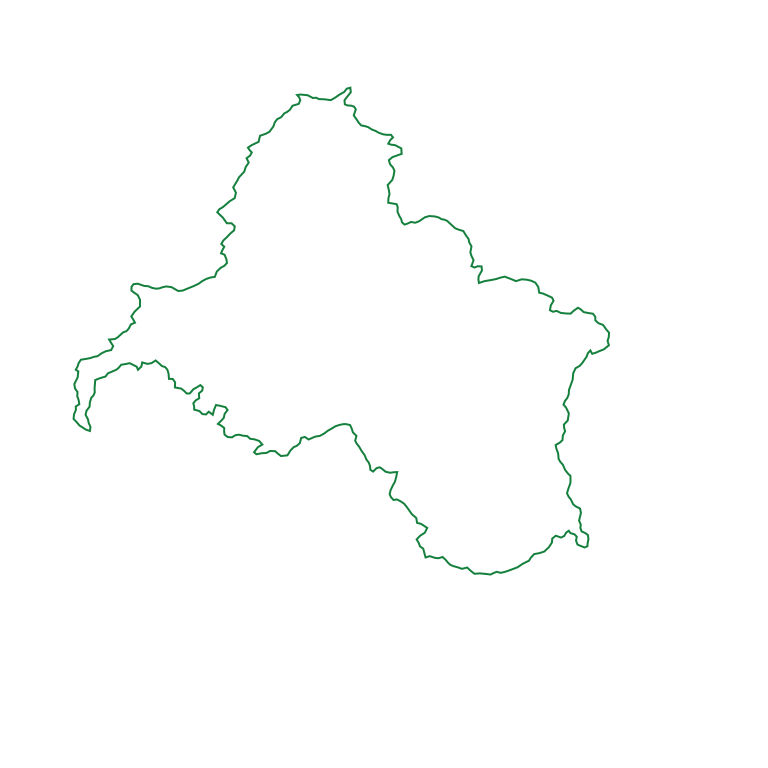 outline of Pedra Branca, Ceará, Brazil, rotated 37°
{"feature_id": "56859067B74270575685273", "entity_name": "Pedra Branca", "entity_type": "district", "adm_level": 2, "iso_a3": "BRA", "parent_name": "Brazil", "parent_adm1": "Ceará", "projection": "robinson", "projection_center": [-39.867, -5.521], "detail": "fine", "context": "isolated", "style": "outline", "palette": "green", "viewbox_px": 768, "rotation_deg": 37, "n_neighbors": 0, "source": "geoboundaries", "source_scale": "gbopen_adm2", "svg_char_len": 6165}
<svg xmlns="http://www.w3.org/2000/svg" viewBox="0 0 768 768"><g transform="rotate(37 384 384)"><path d="M178.8,167.6L176.5,170.6L176.5,174.6L174.2,179.9L172.8,184.3L170.7,189.3L164.9,192.6L160.6,195.6L157.6,196.2L155.0,198.4L149.3,199.3L143.2,203.0L140.7,205.5L143.8,206.1L146.4,207.8L147.3,211.6L143.5,216.8L143.8,221.7L142.9,225.0L141.5,227.9L141.3,232.8L139.3,236.8L139.3,240.8L140.7,244.9L140.7,251.5L139.0,255.3L135.6,260.3L138.1,266.1L134.6,272.8L133.1,277.1L136.0,278.1L139.0,278.6L139.6,282.0L138.4,286.4L142.7,288.6L143.0,294.1L144.6,298.5L143.8,306.1L144.4,309.5L145.2,317.7L150.6,320.3L152.9,325.4L150.7,331.1L149.8,335.6L148.9,339.6L147.3,343.6L147.5,347.2L155.2,348.1L161.7,350.2L165.5,347.4L169.9,347.9L171.8,351.5L170.7,356.3L170.1,361.6L169.3,366.1L169.8,370.1L173.8,370.5L174.4,374.5L175.2,377.7L178.9,376.7L183.3,379.4L185.8,381.9L185.3,385.9L183.6,389.6L182.8,394.8L184.4,400.2L181.1,403.7L178.8,407.1L176.9,411.2L175.8,415.0L173.5,419.6L170.1,425.3L166.9,430.7L163.6,433.6L156.0,434.5L151.3,437.2L148.9,440.0L146.8,443.1L144.5,445.1L140.7,446.9L137.0,447.7L133.7,449.9L127.0,452.1L123.9,455.0L123.9,458.4L126.1,461.4L129.7,461.4L133.9,461.2L138.4,463.5L142.5,468.9L141.3,476.2L141.5,482.1L144.9,483.4L148.2,484.9L146.0,488.7L146.8,493.5L146.5,496.8L144.6,499.8L143.2,507.0L142.0,510.1L137.7,513.9L141.4,515.4L144.9,516.7L145.7,521.1L142.3,525.0L140.1,529.1L138.4,534.3L136.2,536.6L133.9,540.0L131.0,543.2L127.3,547.0L127.6,551.2L128.7,554.3L129.3,558.1L132.3,557.9L135.4,563.2L136.7,570.4L139.9,573.5L144.0,574.8L146.3,578.3L149.9,580.7L152.8,583.5L151.4,587.5L153.5,590.0L154.7,594.8L157.1,598.7L161.4,599.4L165.9,600.4L169.2,600.1L173.0,599.9L177.4,598.5L175.4,594.9L171.5,592.8L168.9,590.4L164.2,588.2L162.5,584.4L162.5,579.3L160.1,575.6L158.5,571.1L158.9,568.0L158.0,564.7L155.7,562.0L151.0,554.6L153.5,550.5L157.1,545.6L157.1,541.6L159.2,538.0L161.7,533.6L162.4,530.5L162.5,526.8L165.5,523.7L168.4,520.4L172.3,519.7L176.1,519.0L179.0,520.7L179.7,516.0L177.9,512.3L183.0,510.3L185.8,507.2L187.5,502.6L191.7,502.9L195.9,503.3L199.0,502.2L202.3,502.9L205.6,505.3L209.2,509.3L212.3,507.1L216.2,508.4L219.1,512.6L224.8,509.7L228.7,509.8L232.1,510.3L234.6,508.4L234.9,502.9L236.4,499.6L238.0,495.4L241.3,495.7L242.8,498.6L241.8,502.9L245.0,506.6L243.5,510.3L243.3,514.1L245.9,516.2L247.8,518.7L252.8,516.7L257.1,517.3L260.2,515.4L260.7,511.6L265.8,511.6L263.8,507.0L262.5,501.9L266.1,500.1L271.4,497.9L274.7,498.9L274.7,503.7L276.4,507.5L276.1,511.1L275.4,515.8L279.0,515.2L282.9,515.3L284.8,518.0L287.1,520.4L291.1,520.4L294.7,518.1L296.1,514.4L298.6,511.8L302.4,510.2L306.1,507.9L310.1,508.3L313.7,506.2L318.7,504.6L323.3,505.6L321.3,510.3L321.3,516.7L324.4,516.9L328.2,512.7L331.7,509.7L333.3,506.1L337.6,503.1L341.0,503.5L345.1,503.5L349.8,499.1L349.3,493.3L349.9,488.7L351.5,486.0L352.4,481.9L350.3,476.9L352.7,473.9L357.2,473.7L360.6,467.6L364.0,464.0L366.1,459.4L367.3,455.0L368.9,451.4L370.6,447.1L372.9,443.7L375.3,440.9L377.6,439.0L381.6,437.2L385.0,439.0L388.2,441.3L393.2,442.0L395.1,446.6L397.9,448.0L401.8,449.0L406.5,451.0L411.4,452.5L415.4,454.9L419.0,455.9L422.1,457.8L424.7,460.7L428.0,460.5L428.7,455.7L430.7,453.1L433.5,452.9L438.1,453.1L442.3,451.2L444.7,448.8L447.5,446.4L449.0,449.4L450.4,452.5L451.6,455.7L452.0,459.1L453.1,464.7L454.9,468.7L457.7,470.2L461.4,470.9L463.8,468.4L468.0,467.7L472.2,467.5L476.8,468.7L484.6,471.2L490.4,471.6L494.0,475.0L497.8,473.4L501.1,473.2L505.1,472.9L506.1,478.1L504.2,483.4L503.6,488.5L507.3,490.0L510.5,492.0L514.4,491.9L518.2,494.9L521.6,497.5L524.1,494.0L529.8,492.0L532.3,490.4L534.9,486.9L538.9,487.3L542.7,488.2L545.7,488.5L548.8,487.8L552.7,486.2L557.5,484.7L560.9,480.5L565.3,481.0L570.5,481.1L574.6,477.5L580.3,474.0L583.7,472.1L585.4,468.8L587.1,466.1L590.7,464.7L593.4,461.6L596.8,456.6L601.0,449.9L602.9,444.3L606.1,437.9L605.8,434.4L606.3,429.5L610.0,425.4L612.8,421.4L613.9,415.2L613.5,409.5L611.4,406.2L612.5,401.8L617.8,400.1L619.4,396.9L618.9,393.0L619.9,390.0L622.6,390.9L626.5,389.4L629.9,390.0L631.6,393.5L635.2,395.8L638.7,394.9L642.5,393.9L644.1,391.2L642.4,388.5L640.6,384.8L637.7,381.9L634.4,381.9L630.5,382.8L627.3,380.6L625.8,377.9L622.0,375.7L618.9,368.5L615.6,365.5L610.2,366.4L607.2,366.1L602.6,363.7L599.3,362.9L595.9,361.1L594.5,357.4L592.5,351.0L590.5,348.1L588.1,345.1L585.2,344.9L580.3,343.6L575.4,340.8L571.4,340.0L568.5,338.7L564.9,334.7L560.3,331.7L557.8,329.4L559.7,325.0L560.3,321.4L557.8,317.4L557.1,312.8L554.6,310.9L552.1,308.2L552.7,302.6L549.3,296.2L543.4,293.2L539.8,292.5L538.7,288.5L538.8,285.1L537.9,281.4L535.3,277.4L532.1,267.1L528.6,261.4L527.5,256.1L529.4,251.7L529.7,248.2L529.4,240.4L528.3,236.7L528.6,233.0L532.1,234.6L534.4,231.4L536.1,228.3L538.7,224.1L540.3,217.7L536.6,215.0L535.3,211.3L532.9,207.6L528.8,206.7L523.3,205.0L518.7,206.4L514.5,206.0L512.3,203.2L508.6,202.1L504.4,204.4L500.2,206.4L496.0,206.0L493.0,206.4L491.4,211.4L490.7,215.5L487.4,217.8L482.5,220.8L477.9,221.7L475.5,224.6L472.1,225.2L469.9,220.8L469.3,215.5L466.3,213.9L462.4,214.7L456.4,216.1L453.1,217.7L448.7,213.6L443.9,212.0L439.5,212.9L435.2,214.8L431.0,217.5L427.5,222.4L423.1,223.5L415.8,225.6L412.9,229.1L410.3,232.8L406.8,236.7L402.5,241.2L399.0,246.2L396.5,243.7L394.8,241.1L393.9,234.4L391.2,231.4L388.0,233.5L386.2,236.5L382.9,237.3L381.0,231.2L377.2,229.3L373.8,227.0L371.0,221.4L366.8,219.6L364.3,217.3L360.0,216.0L355.3,214.1L351.0,215.7L347.1,216.8L343.1,216.4L336.2,215.7L333.4,216.4L330.6,217.8L327.8,218.0L323.9,219.5L319.1,222.6L316.3,226.3L315.2,229.6L314.2,232.7L311.9,236.4L308.1,238.3L306.2,241.8L304.5,244.3L301.1,244.1L298.4,241.9L295.8,240.9L291.2,238.4L288.4,234.4L285.8,232.8L278.3,236.7L275.9,233.2L274.0,228.9L271.5,226.5L267.2,222.9L267.8,216.1L266.3,211.8L264.0,207.4L260.8,205.7L256.5,204.8L253.2,202.3L254.2,197.8L257.9,192.1L259.6,189.6L256.0,185.4L249.1,186.6L245.6,188.6L242.8,189.5L242.2,185.4L242.8,181.7L239.6,180.8L236.6,183.1L233.5,184.9L229.1,186.4L224.9,187.0L220.9,188.1L216.7,188.4L213.6,189.5L210.2,191.2L206.4,190.5L202.7,189.1L198.2,187.7L196.2,181.6L193.2,180.5L190.4,181.4L187.2,183.5L184.4,184.2L181.7,181.2L181.7,176.9L181.9,171.0L178.8,167.6Z" fill="none" stroke="#15803d" stroke-width="2"/></g></svg>